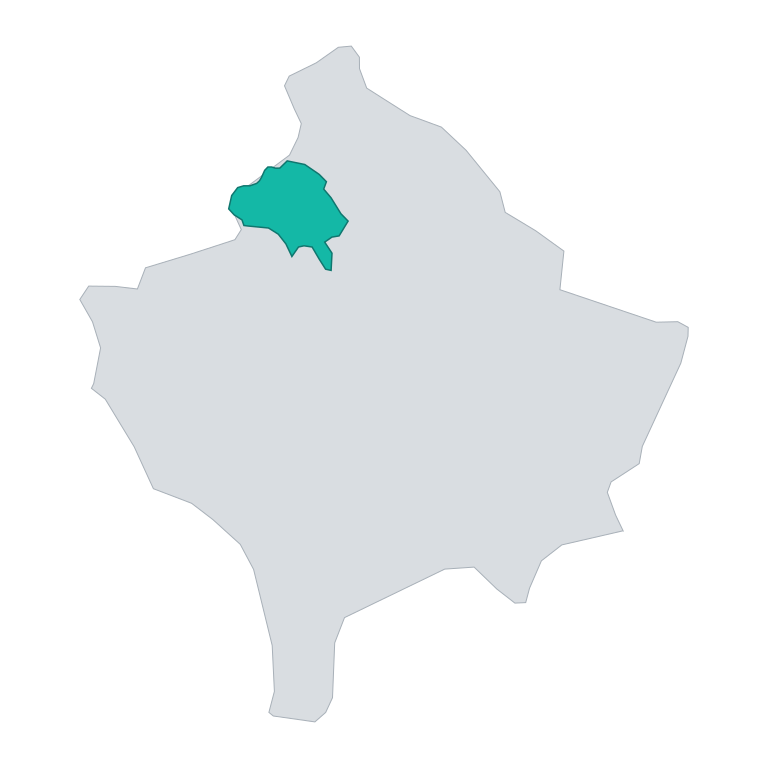 where Zubin Potok sits in Kosovo
{"feature_id": "KOS-5897", "entity_name": "Zubin Potok", "entity_type": "District", "adm_level": 1, "iso_a3": "XKX", "parent_name": "Kosovo", "parent_adm1": "", "projection": "albers", "projection_center": [20.618, 42.908], "detail": "fine", "context": "in_parent", "style": "filled", "palette": "teal", "viewbox_px": 768, "rotation_deg": 0, "n_neighbors": 0, "source": "natural_earth", "source_scale": "10m", "svg_char_len": 1524}
<svg xmlns="http://www.w3.org/2000/svg" viewBox="0 0 768 768"><path d="M191.0,254.0L234.9,239.7L241.3,229.6L231.3,207.7L237.2,194.0L289.5,155.1L298.1,137.5L301.3,123.6L294.3,108.9L284.5,85.8L289.2,76.1L316.3,62.8L338.3,47.3L351.3,46.1L359.4,57.2L359.5,68.7L366.7,88.1L383.0,98.5L410.0,115.6L441.4,127.1L466.1,150.3L499.9,191.8L505.2,212.4L535.6,230.7L563.9,251.1L559.9,289.7L656.2,322.2L677.8,321.7L688.2,327.4L688.0,336.2L680.8,363.2L642.3,446.4L639.2,463.6L611.1,481.9L607.3,492.3L615.6,515.1L623.2,531.0L622.6,530.9L561.8,544.9L541.4,560.8L529.5,588.3L525.7,602.6L514.9,603.1L496.9,589.1L474.1,567.1L444.7,569.1L344.5,617.6L334.7,642.9L332.5,697.7L325.7,712.4L314.9,721.9L273.3,716.0L268.9,712.4L274.4,691.4L272.2,645.5L253.6,569.4L240.3,544.4L212.9,519.6L191.6,503.3L153.4,488.7L134.2,446.8L105.3,399.2L91.4,388.3L93.7,383.6L100.6,347.9L92.5,321.8L79.8,299.5L88.7,286.1L115.4,286.4L137.4,289.0L145.5,267.8L191.0,254.0Z" fill="#d9dde1" stroke="#a8b0b8" stroke-width="1"/><path d="M275.6,168.2L279.8,168.1L287.2,160.9L304.8,164.5L319.2,174.4L326.4,181.7L323.7,189.1L331.0,197.7L340.9,213.7L348.1,221.1L339.1,235.9L331.9,237.1L324.7,242.1L332.0,253.2L331.1,270.4L325.6,269.2L319.3,259.3L312.1,247.0L304.0,245.8L298.5,247.0L291.9,256.5L285.9,243.9L278.3,234.2L268.5,228.0L248.0,226.0L243.9,225.5L242.0,219.9L234.2,214.9L228.7,208.9L231.7,195.5L237.7,187.6L243.7,185.8L249.9,185.8L256.7,183.4L259.5,180.8L261.4,177.6L264.7,170.3L267.9,167.0L271.6,167.0L275.6,168.2Z" fill="#14b8a6" stroke="#0f766e" stroke-width="1.5"/></svg>